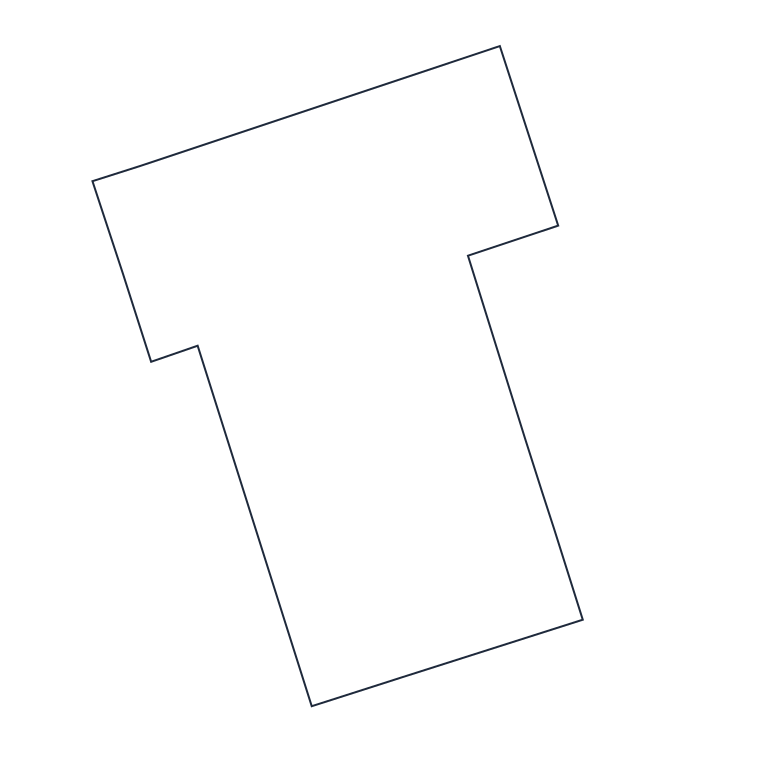 the district of Fond du Lac, Wisconsin, United States of America, rotated 252°
{"feature_id": "52423323B49999362259399", "entity_name": "Fond du Lac", "entity_type": "district", "adm_level": 2, "iso_a3": "USA", "parent_name": "United States of America", "parent_adm1": "Wisconsin", "projection": "orthographic", "projection_center": [-88.541, 43.741], "detail": "fine", "context": "isolated", "style": "outline", "palette": "slate", "viewbox_px": 768, "rotation_deg": 252, "n_neighbors": 0, "source": "geoboundaries", "source_scale": "gbopen_adm2", "svg_char_len": 379}
<svg xmlns="http://www.w3.org/2000/svg" viewBox="0 0 768 768"><g transform="rotate(252 384 384)"><path d="M477.1,169.4L478.0,218.6L194.6,216.4L99.9,215.7L99.5,310.5L98.4,500.2L193.4,501.0L199.0,501.0L232.3,501.0L288.4,501.3L288.7,501.3L480.1,503.5L480.8,598.6L669.6,598.6L666.7,219.6L667.0,169.4L569.6,169.8L477.1,169.4Z" fill="none" stroke="#1e293b" stroke-width="2"/></g></svg>